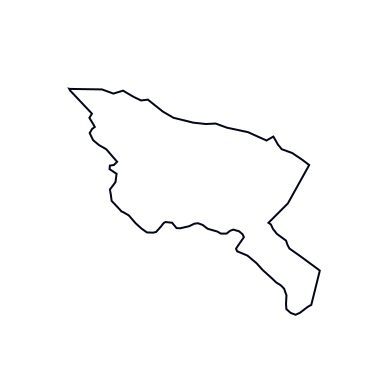 Monzie, Choiseul, Saint Lucia (Equal Earth projection), rotated 290°
{"feature_id": "8701671B92535137088393", "entity_name": "Monzie", "entity_type": "district", "adm_level": 2, "iso_a3": "LCA", "parent_name": "Saint Lucia", "parent_adm1": "Choiseul", "projection": "equal_earth", "projection_center": [-61.024, 13.807], "detail": "fine", "context": "isolated", "style": "outline", "palette": "ink", "viewbox_px": 384, "rotation_deg": 290, "n_neighbors": 0, "source": "geoboundaries", "source_scale": "gbopen_adm2", "svg_char_len": 1946}
<svg xmlns="http://www.w3.org/2000/svg" viewBox="0 0 384 384"><g transform="rotate(290 192 192)"><path d="M149.6,131.6L149.6,134.0L149.4,134.9L148.4,140.6L144.8,147.1L143.5,149.4L142.5,151.8L140.3,157.2L138.6,163.5L139.7,166.9L140.5,169.4L142.1,171.9L145.8,173.4L149.3,174.8L150.4,175.1L153.1,176.0L154.7,177.3L155.9,182.2L156.3,183.8L152.8,189.8L153.8,193.2L158.7,200.8L160.8,202.9L163.1,205.1L163.6,206.2L164.7,208.3L164.7,213.3L162.8,219.2L163.5,229.3L162.8,233.3L164.7,238.7L168.0,240.7L168.7,241.2L170.8,243.7L170.9,246.0L171.2,249.6L170.5,251.5L169.6,254.0L167.3,256.2L166.4,256.0L161.5,254.7L156.6,253.4L154.3,252.9L153.8,252.8L153.5,253.0L151.7,254.7L151.6,257.6L151.4,261.6L151.2,265.9L147.2,276.9L143.6,283.7L142.6,285.7L138.2,296.6L136.8,299.8L135.8,302.0L135.7,302.5L134.7,307.3L132.6,311.7L130.7,313.2L127.2,316.1L120.7,318.1L119.1,318.6L117.4,319.3L114.2,320.8L113.5,322.6L112.1,326.1L112.1,331.4L115.6,334.9L123.5,339.9L126.2,342.2L126.7,342.7L160.9,339.1L161.2,339.0L161.9,338.9L168.9,315.1L172.2,302.9L173.7,301.2L175.0,299.8L178.1,297.3L178.5,297.0L179.3,294.2L181.7,286.0L182.9,284.1L185.0,280.7L186.7,279.0L188.5,277.2L189.2,274.4L214.1,286.0L257.4,292.9L259.1,287.5L259.9,284.9L261.4,278.9L262.9,272.8L262.9,261.6L264.3,259.4L265.9,256.6L269.4,252.5L271.9,249.5L269.8,247.7L265.9,244.4L266.7,233.3L267.4,224.2L264.8,205.7L264.4,202.9L264.4,190.8L260.6,181.7L257.6,169.5L255.4,149.3L257.6,137.1L260.6,128.1L263.7,118.9L262.9,117.4L260.6,112.8L261.4,104.7L263.0,95.9L263.7,92.6L257.6,84.5L257.6,72.3L247.1,42.0L247.0,41.3L245.6,42.9L231.4,71.2L226.6,70.2L221.6,76.4L219.9,78.4L218.3,77.4L217.2,76.6L212.4,75.7L210.2,77.9L207.0,81.2L206.4,82.7L204.3,88.5L203.8,91.4L202.9,96.7L194.8,111.3L190.7,109.4L190.0,108.1L188.7,105.8L185.3,106.7L184.3,110.8L183.3,114.9L176.2,116.5L175.1,116.7L171.7,115.7L166.3,114.0L161.6,116.7L161.0,117.0L156.2,119.5L149.7,132.3L149.6,131.6Z" fill="none" stroke="#020617" stroke-width="2"/></g></svg>